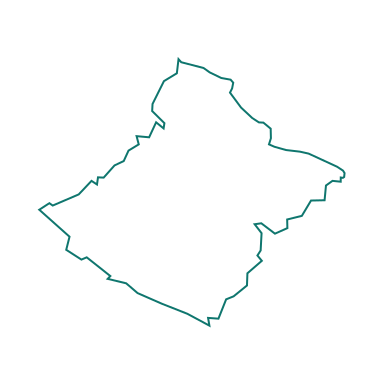 Glynn, Georgia, United States of America (Equal Earth projection), rotated 282°
{"feature_id": "52423323B35006791438696", "entity_name": "Glynn", "entity_type": "district", "adm_level": 2, "iso_a3": "USA", "parent_name": "United States of America", "parent_adm1": "Georgia", "projection": "equal_earth", "projection_center": [-81.504, 31.233], "detail": "fine", "context": "isolated", "style": "outline", "palette": "teal", "viewbox_px": 384, "rotation_deg": 282, "n_neighbors": 0, "source": "geoboundaries", "source_scale": "gbopen_adm2", "svg_char_len": 1104}
<svg xmlns="http://www.w3.org/2000/svg" viewBox="0 0 384 384"><g transform="rotate(282 192 192)"><path d="M142.9,46.3L122.8,81.5L109.3,81.0L102.9,97.9L106.2,102.6L92.8,129.6L89.5,127.6L89.0,146.6L81.8,159.8L76.4,186.0L71.9,212.8L64.9,236.8L72.2,233.9L73.6,244.2L94.1,247.7L98.6,254.4L112.0,265.2L124.0,263.1L139.2,274.6L143.5,269.2L149.1,271.3L166.2,268.6L173.5,260.0L175.8,266.3L168.5,281.8L176.5,292.8L184.9,290.8L191.5,304.4L208.4,310.2L211.5,323.4L226.2,321.7L232.1,327.1L233.0,335.3L237.1,334.5L237.2,336.6L238.3,337.7L242.2,337.3L244.3,335.3L246.9,328.6L253.8,298.1L253.9,289.2L252.6,275.3L253.4,263.2L254.6,257.4L261.0,258.0L270.3,255.8L274.7,247.4L274.0,243.0L276.9,235.5L284.8,222.4L297.1,208.5L301.7,209.7L307.5,209.6L309.9,206.4L309.6,196.9L312.7,184.4L315.7,177.5L316.7,154.5L319.1,151.2L305.0,152.5L294.6,141.5L269.9,135.1L262.9,136.2L253.6,150.7L248.3,151.0L252.7,142.4L236.6,138.7L235.1,126.2L227.5,130.0L219.3,121.3L208.1,118.8L201.9,110.7L187.7,102.6L186.8,97.0L179.6,97.5L182.0,91.4L166.1,81.7L149.8,58.6L151.4,54.8L142.9,46.3Z" fill="none" stroke="#0f766e" stroke-width="2"/></g></svg>